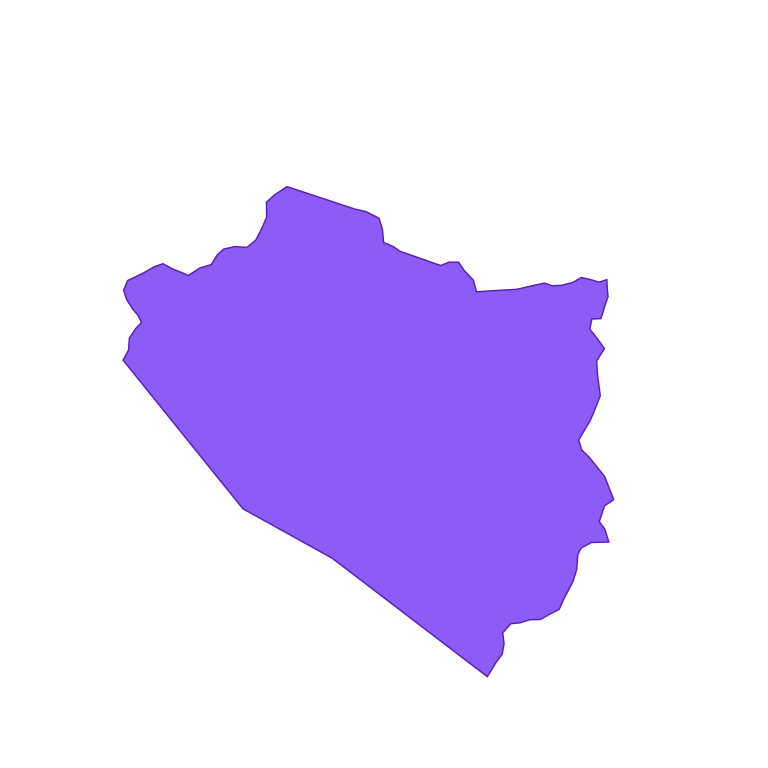 the district of Ibateguara, Alagoas, Brazil, rotated 120°
{"feature_id": "56859067B78855757359523", "entity_name": "Ibateguara", "entity_type": "district", "adm_level": 2, "iso_a3": "BRA", "parent_name": "Brazil", "parent_adm1": "Alagoas", "projection": "orthographic", "projection_center": [-35.915, -8.961], "detail": "fine", "context": "isolated", "style": "filled", "palette": "violet", "viewbox_px": 768, "rotation_deg": 120, "n_neighbors": 0, "source": "geoboundaries", "source_scale": "gbopen_adm2", "svg_char_len": 1311}
<svg xmlns="http://www.w3.org/2000/svg" viewBox="0 0 768 768"><g transform="rotate(120 384 384)"><path d="M540.1,156.8L528.1,154.3L523.0,147.0L515.4,140.1L509.8,130.9L500.2,125.2L491.5,119.6L480.7,120.8L468.0,121.3L460.5,121.6L448.1,124.4L434.9,130.9L427.5,131.3L417.6,125.2L408.4,110.3L399.1,120.5L395.5,128.8L379.3,132.1L369.3,127.3L353.8,146.6L345.0,169.2L342.2,180.0L335.1,187.4L312.1,187.2L304.5,188.1L286.1,190.8L268.6,204.2L257.6,211.4L243.1,210.8L237.7,222.8L233.7,233.2L223.8,236.5L218.9,228.8L207.0,231.6L196.3,233.7L189.5,238.5L182.2,243.2L188.3,248.6L190.3,257.1L193.1,266.3L201.4,271.0L209.8,279.5L214.9,287.7L216.5,295.7L235.7,316.5L257.9,350.1L249.5,358.4L245.6,371.3L241.3,380.2L245.9,388.6L253.1,394.2L261.1,436.6L260.4,444.6L261.6,455.1L251.1,462.5L242.9,471.3L243.9,486.5L247.2,497.0L261.6,566.7L275.1,573.4L285.3,576.7L298.2,569.0L311.2,567.5L323.6,567.0L334.3,571.1L339.6,581.9L347.5,590.4L355.4,592.9L367.0,593.3L375.4,601.3L387.9,607.8L388.7,615.3L390.1,624.7L390.4,635.6L397.5,641.7L407.1,647.2L415.0,652.5L422.6,657.7L432.9,656.4L439.7,648.9L444.8,638.9L447.6,631.2L452.1,624.7L460.3,626.8L471.6,627.4L482.3,622.2L493.8,621.9L562.6,443.8L561.1,358.4L560.8,341.6L585.8,148.2L569.0,147.8L558.7,146.6L548.7,150.3L540.1,156.8Z" fill="#8b5cf6" stroke="#5b21b6" stroke-width="1.5"/></g></svg>